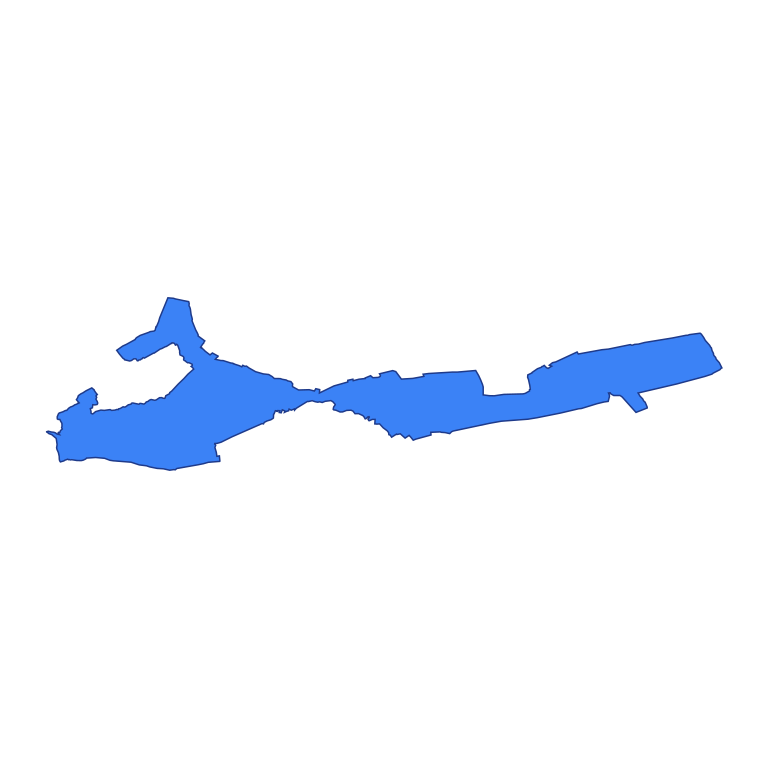 outline of Harlau, Iasi, Romania
{"feature_id": "2599482B57986450860994", "entity_name": "Harlau", "entity_type": "district", "adm_level": 2, "iso_a3": "ROU", "parent_name": "Romania", "parent_adm1": "Iasi", "projection": "robinson", "projection_center": [26.866, 47.433], "detail": "fine", "context": "isolated", "style": "filled", "palette": "blue", "viewbox_px": 768, "rotation_deg": 0, "n_neighbors": 0, "source": "geoboundaries", "source_scale": "gbopen_adm2", "svg_char_len": 6043}
<svg xmlns="http://www.w3.org/2000/svg" viewBox="0 0 768 768"><path d="M721.9,367.9L719.3,362.7L716.2,359.2L715.6,357.4L713.9,355.5L713.4,354.0L713.5,353.5L712.0,350.5L711.4,347.9L710.6,347.1L709.7,345.4L705.3,340.4L703.7,337.5L701.3,334.1L700.1,333.2L689.5,334.6L687.6,335.3L686.0,335.3L672.3,338.0L644.6,342.5L638.4,344.1L634.5,344.4L632.7,345.1L631.6,345.2L630.4,344.6L608.3,349.1L602.0,349.7L578.3,354.0L577.1,352.0L555.8,361.9L552.5,362.7L549.3,365.2L551.7,366.2L548.1,368.4L546.5,367.7L544.2,365.4L542.7,366.4L542.0,366.5L541.3,367.3L537.5,368.7L532.0,372.5L532.0,372.9L527.8,374.9L527.6,377.3L528.5,379.6L529.8,385.5L530.3,389.3L529.5,389.7L529.5,391.0L525.2,393.4L523.0,393.9L503.8,394.4L494.2,395.8L489.3,395.7L483.2,394.9L483.2,387.0L482.5,384.5L480.7,380.0L478.6,375.5L475.7,370.5L457.2,372.1L452.1,372.1L428.7,373.5L423.1,374.2L423.9,376.4L412.8,378.4L401.4,379.1L395.8,371.6L392.7,370.6L379.5,373.8L380.4,375.4L380.3,376.2L379.5,376.9L378.1,377.4L372.9,377.7L370.6,375.7L365.1,378.0L365.2,378.5L359.0,379.2L353.2,380.7L352.9,379.2L347.8,380.3L347.8,382.0L334.0,385.9L319.4,393.0L319.7,389.6L315.8,388.7L314.4,391.0L309.2,389.7L298.6,390.0L292.8,386.8L292.4,386.1L292.7,383.9L290.9,381.6L287.8,380.9L286.2,380.0L282.3,379.3L280.3,378.6L274.3,378.5L272.2,376.6L268.7,374.5L263.3,373.9L255.6,371.7L248.9,367.9L246.5,366.1L244.8,366.3L242.8,365.3L241.8,366.8L239.4,365.7L233.5,363.8L233.6,363.6L232.6,363.2L230.8,363.0L223.2,360.6L220.7,360.5L215.3,359.3L216.6,357.7L218.0,356.6L218.1,356.1L212.4,353.0L210.0,354.9L205.3,351.3L203.2,349.2L201.4,348.0L201.2,347.9L201.5,347.5L200.6,347.2L202.7,344.1L203.7,343.1L203.8,342.4L204.8,340.9L198.1,336.0L198.2,335.0L197.4,333.1L195.6,329.7L192.2,321.2L192.0,320.4L192.3,319.8L192.1,318.2L191.1,314.6L190.4,309.2L189.8,307.1L189.3,306.4L189.0,305.5L189.2,303.5L188.7,301.7L175.3,298.9L173.6,298.3L167.9,297.8L159.7,317.8L158.6,321.7L156.4,326.8L156.0,326.7L155.1,330.3L153.9,331.1L150.2,331.6L148.9,332.3L140.2,335.4L136.6,337.6L135.6,338.6L135.2,339.5L126.3,344.4L122.8,346.0L116.7,350.3L119.3,353.9L122.9,358.2L124.5,359.3L124.6,359.8L129.7,361.0L131.5,360.5L133.7,358.9L135.6,358.8L136.2,359.1L137.3,360.8L138.1,360.8L138.9,360.0L140.5,359.8L141.3,359.0L142.1,358.8L142.6,358.0L143.2,357.6L144.4,358.1L153.5,353.1L154.2,353.1L160.3,349.0L161.7,348.6L165.1,346.8L166.5,346.4L171.2,343.4L171.7,343.5L172.1,342.8L173.8,343.1L174.6,343.6L175.4,345.1L175.8,345.1L176.7,344.3L177.7,345.2L179.7,350.8L179.6,352.4L180.0,354.9L182.8,356.2L183.5,356.8L184.0,358.1L183.6,359.0L183.7,359.9L184.4,360.6L185.2,360.8L186.2,361.8L187.7,362.8L189.0,362.7L192.1,364.2L192.3,365.1L192.2,365.6L191.1,366.4L192.6,367.6L193.7,369.1L187.9,374.2L183.9,378.6L178.2,384.1L171.7,391.1L169.7,392.6L169.5,393.7L165.8,395.7L165.0,398.1L164.5,398.4L162.9,398.2L161.8,397.6L159.5,397.7L156.4,399.8L154.9,400.3L151.1,399.5L149.4,400.2L148.2,401.3L146.2,402.0L145.4,403.1L143.9,404.1L140.7,403.4L139.9,403.4L139.2,404.1L138.7,404.2L132.9,403.0L131.9,403.1L131.4,403.4L131.0,404.2L128.3,404.8L125.6,406.8L124.4,407.1L123.1,406.8L120.2,408.5L118.7,408.8L118.2,409.6L117.0,409.4L115.0,410.1L111.6,410.4L110.1,409.6L104.3,410.4L100.9,410.1L95.6,411.6L93.0,413.8L92.2,413.9L91.0,413.1L91.0,411.4L90.3,408.6L92.4,407.8L92.8,404.7L94.9,404.9L97.1,404.5L97.6,403.7L97.7,402.9L97.2,401.4L95.9,399.1L96.7,397.4L96.0,396.0L96.4,395.8L96.7,395.2L96.6,394.7L97.2,394.4L95.7,392.6L94.2,390.3L94.2,389.9L91.8,387.9L86.0,390.8L82.8,392.9L80.9,393.8L78.4,395.6L77.4,398.2L76.4,399.7L79.2,402.9L78.4,403.4L77.6,403.3L76.8,404.2L75.0,404.7L72.5,406.3L70.5,407.0L68.7,408.2L66.7,410.4L65.4,410.5L62.9,411.8L59.2,413.0L58.4,413.9L57.2,416.8L57.3,418.9L58.0,419.4L59.9,419.5L60.6,421.1L61.9,423.3L62.0,426.3L61.6,427.6L62.3,429.0L60.5,430.6L59.8,432.4L58.6,432.3L58.3,432.5L58.2,432.9L59.5,434.6L57.2,434.1L55.3,432.8L53.9,432.3L51.4,432.0L48.3,431.2L46.1,431.9L46.9,432.0L49.0,433.7L51.7,434.6L56.2,438.4L57.1,444.5L56.6,447.8L57.0,449.5L58.4,452.6L59.2,456.3L59.3,459.2L59.6,460.7L60.4,461.9L63.9,460.9L64.9,460.2L67.7,459.2L68.6,459.7L69.1,459.5L70.2,459.9L71.8,459.7L76.8,460.5L81.2,460.6L83.1,460.2L85.7,459.0L86.5,458.1L95.6,457.5L104.6,458.3L110.0,460.3L113.3,460.8L131.0,462.2L139.3,464.9L146.5,465.8L149.7,466.9L157.1,468.4L163.4,468.8L169.7,470.2L173.8,469.6L175.3,469.8L176.8,468.5L197.9,464.8L203.4,463.7L208.3,462.3L219.7,461.4L219.9,461.1L219.4,455.9L216.9,456.3L216.3,452.3L214.9,447.4L215.7,445.3L215.1,444.3L214.7,444.1L214.8,443.5L217.0,443.4L221.1,442.2L232.0,436.8L262.0,423.6L263.5,423.9L264.2,422.5L265.2,421.9L267.2,420.9L270.8,419.8L272.9,418.5L273.4,418.0L273.6,414.3L274.0,414.0L275.4,410.7L276.6,410.8L276.7,411.3L277.5,411.4L278.0,411.0L278.0,410.6L279.8,410.7L279.2,412.5L281.2,412.8L282.3,409.8L284.8,410.9L284.4,412.4L286.7,411.3L288.6,410.8L289.1,409.1L291.2,410.2L294.5,408.9L294.6,410.1L296.4,408.2L307.3,401.5L308.7,401.5L312.2,400.7L315.1,401.7L317.8,402.2L319.6,401.8L322.2,402.5L325.2,401.3L330.9,400.6L332.9,401.8L335.2,404.4L335.0,405.1L333.8,406.7L333.4,408.0L333.2,409.4L333.8,409.9L335.9,410.2L340.1,412.0L342.7,411.9L346.6,410.4L351.0,410.2L353.0,411.1L355.0,413.7L358.5,413.6L362.7,415.5L363.8,416.5L365.2,418.9L366.1,418.6L367.7,417.0L369.0,416.6L369.3,417.0L369.2,417.4L368.0,419.2L368.8,420.6L369.4,420.7L372.3,419.4L375.1,419.4L374.8,423.9L376.9,424.1L379.6,423.9L383.2,427.8L387.2,430.8L388.6,432.6L388.9,434.7L390.2,435.1L391.6,437.2L396.5,434.1L396.9,434.5L400.3,433.8L405.1,438.1L409.1,435.4L410.9,437.3L413.2,440.2L415.9,439.1L431.0,435.0L430.8,432.3L440.2,431.9L441.2,432.3L445.2,432.6L449.7,433.6L451.6,431.7L453.3,431.0L489.6,423.3L501.4,421.2L528.0,419.2L537.2,417.7L560.7,413.0L578.5,408.8L581.4,408.5L597.0,403.7L604.0,402.0L608.2,401.4L609.5,396.3L609.2,394.5L608.5,393.0L610.1,392.8L610.7,393.8L613.7,395.5L620.1,395.5L622.2,397.0L636.0,412.4L647.2,408.0L647.2,407.1L645.1,402.1L644.4,401.7L643.4,400.4L642.7,398.9L640.0,396.1L638.1,393.0L677.0,383.9L705.0,376.4L712.0,374.1L713.2,373.1L719.9,369.7L721.2,368.2L721.9,367.9Z" fill="#3b82f6" stroke="#1e3a8a" stroke-width="1.5"/></svg>